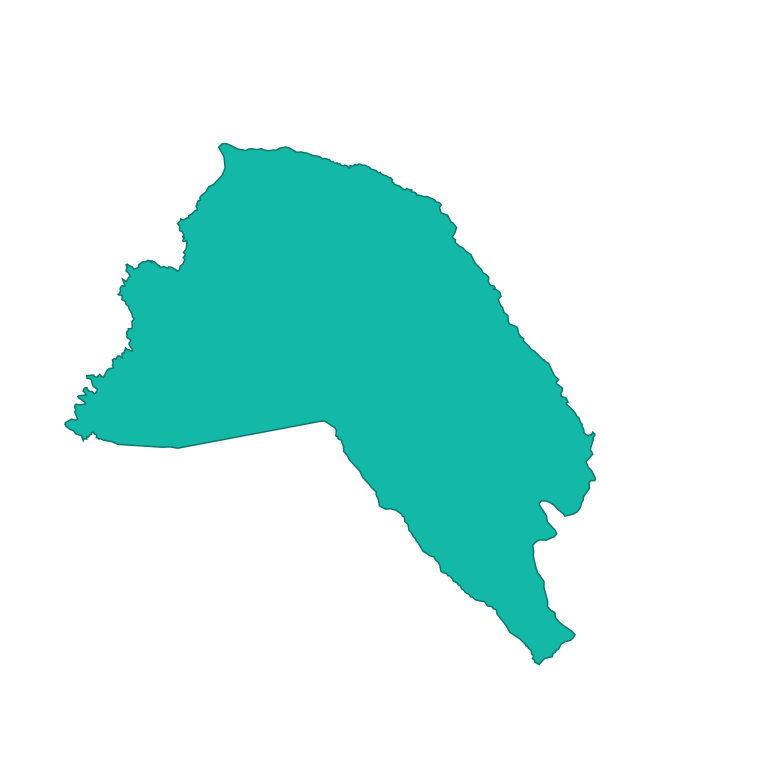 outline of Mavago, Niassa, Mozambique, rotated 117°
{"feature_id": "85939544B69199020344442", "entity_name": "Mavago", "entity_type": "district", "adm_level": 2, "iso_a3": "MOZ", "parent_name": "Mozambique", "parent_adm1": "Niassa", "projection": "equal_earth", "projection_center": [36.395, -12.167], "detail": "fine", "context": "isolated", "style": "filled", "palette": "teal", "viewbox_px": 768, "rotation_deg": 117, "n_neighbors": 0, "source": "geoboundaries", "source_scale": "gbopen_adm2", "svg_char_len": 6171}
<svg xmlns="http://www.w3.org/2000/svg" viewBox="0 0 768 768"><g transform="rotate(117 384 384)"><path d="M557.1,646.4L563.1,650.3L564.7,650.0L565.9,648.5L566.9,643.7L566.7,639.4L568.3,635.9L567.5,630.0L571.0,626.3L569.1,626.6L568.0,623.8L566.1,624.8L565.4,623.3L562.5,622.8L561.7,621.8L560.1,622.3L559.0,621.2L560.1,618.5L559.6,616.8L562.4,616.0L562.0,614.7L562.4,612.9L561.6,612.1L561.3,608.3L559.0,600.6L558.5,593.4L540.9,552.7L537.2,546.1L534.8,538.6L446.9,424.8L443.9,420.0L445.4,407.6L446.9,405.4L452.0,403.4L452.3,400.5L453.1,400.4L453.7,399.0L453.2,397.4L453.8,396.3L458.4,391.4L462.3,389.5L464.4,384.0L467.2,380.6L472.6,366.1L477.2,359.9L479.9,352.1L482.0,348.2L483.6,342.1L486.1,340.8L490.2,335.8L494.6,332.9L494.8,325.7L492.2,321.7L491.1,316.1L491.8,310.2L493.3,307.5L493.0,305.7L497.1,303.0L498.2,298.9L503.2,295.1L503.9,292.5L506.9,288.0L507.4,285.9L509.2,284.0L509.9,281.7L515.4,273.2L515.7,267.6L516.3,266.0L515.4,261.0L517.3,258.2L518.2,254.7L520.1,252.0L524.9,248.4L525.4,245.9L524.4,242.5L525.7,239.8L525.2,238.2L526.6,234.4L527.9,233.0L528.2,228.5L529.2,226.8L529.3,224.3L531.2,221.8L531.6,219.1L532.7,217.1L532.9,212.8L534.3,209.9L533.5,208.5L534.8,205.1L533.7,199.6L532.2,195.8L534.8,190.9L533.4,186.8L534.5,184.6L534.1,181.5L537.6,178.8L543.7,165.7L548.1,159.2L549.5,146.6L551.9,139.5L552.7,139.0L552.9,136.1L553.7,135.6L554.6,132.0L557.4,130.0L558.5,127.0L561.2,127.1L561.8,124.3L563.3,123.4L563.5,118.4L555.7,116.4L550.6,110.2L547.4,111.2L545.7,109.7L543.2,109.5L540.9,108.1L535.5,108.1L531.4,105.8L527.7,101.5L524.4,100.2L520.5,100.0L518.9,104.9L517.6,115.8L516.4,120.0L514.1,125.5L510.6,127.5L510.0,129.1L509.9,132.8L508.3,137.0L503.3,139.6L492.9,148.9L487.2,151.9L482.3,161.5L478.3,165.5L468.9,173.4L465.8,174.3L460.5,178.0L459.1,178.0L454.8,176.5L452.2,174.4L449.7,168.9L443.0,163.1L439.0,162.1L436.6,165.2L432.6,176.0L427.7,179.4L421.1,190.8L419.7,191.4L416.6,190.6L414.8,186.9L414.3,183.4L414.6,177.8L416.7,172.1L418.1,165.7L419.6,162.8L413.7,156.1L410.1,153.7L404.6,153.0L400.1,154.1L397.4,153.7L393.9,155.0L383.5,153.6L378.7,156.7L376.2,155.9L374.5,152.4L373.3,152.2L371.4,153.6L367.1,159.4L365.3,164.4L361.5,168.8L351.7,166.1L348.6,170.5L338.4,172.3L337.1,173.4L334.1,172.8L332.9,173.4L332.1,176.2L335.0,176.0L337.1,178.7L337.5,181.0L336.8,183.5L333.5,185.7L331.7,188.5L329.9,189.1L329.0,191.5L325.6,195.1L325.1,197.5L322.8,201.0L320.7,206.7L319.2,212.1L318.2,212.9L316.6,211.7L313.8,215.4L314.6,220.3L312.0,222.3L309.8,221.9L306.6,223.4L305.3,230.7L303.4,231.2L300.9,230.3L299.0,236.2L291.0,246.7L290.7,250.4L289.8,252.0L290.1,253.8L286.4,265.1L286.3,268.9L284.4,272.3L282.3,279.6L280.2,280.2L279.8,283.7L277.9,286.9L273.3,290.6L272.9,292.9L273.6,299.7L271.2,302.1L267.0,304.5L265.6,309.7L261.9,313.2L261.2,315.6L258.7,318.7L256.2,320.7L252.9,319.5L249.9,322.1L249.0,326.1L249.8,329.3L248.1,328.4L246.8,330.6L247.5,333.5L247.2,335.4L245.3,337.5L241.4,339.1L240.1,342.3L240.0,346.1L237.8,349.2L235.1,357.4L229.3,365.2L228.6,371.3L226.9,375.7L227.0,378.9L225.6,384.9L223.0,385.8L222.8,388.4L221.9,389.9L216.9,389.5L211.6,390.4L209.3,395.5L209.1,398.2L204.7,404.1L205.7,410.8L201.5,414.7L198.6,414.2L197.7,415.6L197.5,418.2L198.1,419.8L197.0,422.9L197.3,430.9L198.9,432.8L199.8,438.8L201.2,440.4L199.9,441.3L199.2,443.2L200.2,446.8L198.4,447.4L199.4,449.0L199.6,452.7L201.1,453.1L201.8,454.5L200.6,460.1L201.4,465.6L200.5,466.4L200.2,468.6L198.4,469.1L197.2,471.4L197.7,473.0L197.6,477.8L198.5,479.7L197.8,480.3L198.2,482.0L197.1,483.5L198.3,484.9L197.4,488.3L198.4,493.2L197.6,495.2L197.8,500.5L198.7,502.1L199.2,506.1L201.5,507.3L201.4,509.4L204.1,510.7L204.7,513.4L206.6,512.6L207.5,513.6L206.6,515.1L206.8,518.3L208.0,518.8L208.5,521.6L207.9,523.4L208.8,524.7L208.3,526.2L209.8,528.1L209.0,530.3L209.8,532.6L208.9,534.5L210.0,539.2L211.4,541.1L210.6,544.7L212.9,552.1L213.2,557.0L214.9,563.2L217.1,566.9L216.7,575.8L217.3,578.8L220.8,583.6L224.6,586.1L226.0,589.2L228.6,592.7L229.9,596.8L230.0,600.3L232.9,603.6L234.4,608.8L236.3,611.5L238.6,613.0L240.9,620.2L241.2,632.2L242.1,635.2L243.6,637.3L248.1,638.8L253.7,630.3L255.3,628.9L263.8,623.6L271.6,623.0L283.4,626.4L288.0,629.7L293.5,629.9L300.3,632.8L302.2,632.4L303.6,630.9L305.3,632.8L308.4,632.6L309.4,631.3L310.8,632.1L312.7,629.9L314.1,629.7L315.1,631.0L320.2,632.6L322.7,634.3L324.9,633.4L325.4,634.9L329.0,637.1L329.1,640.0L330.9,639.4L334.9,640.8L335.9,638.0L340.1,635.7L339.9,633.2L341.8,630.0L343.0,629.7L343.9,630.5L344.4,630.2L344.3,628.4L347.6,628.3L347.9,627.0L346.0,625.3L346.5,624.2L353.3,621.6L357.9,622.4L358.6,620.2L359.7,619.5L362.3,620.4L363.8,617.9L368.2,617.5L371.4,619.2L375.1,617.9L377.4,619.6L376.5,621.9L377.0,623.5L376.4,624.7L376.6,626.9L377.4,629.0L379.0,629.4L379.3,633.6L381.7,636.0L380.5,638.0L380.8,639.2L379.4,643.5L379.8,645.3L381.5,646.1L380.8,647.5L380.4,646.4L379.7,646.5L380.3,648.5L381.1,649.2L380.8,650.4L383.5,651.9L384.7,654.5L389.4,656.8L391.3,655.5L394.7,658.2L395.1,659.3L393.8,661.8L394.2,664.8L393.8,667.1L394.9,668.0L396.7,665.7L400.4,665.2L401.1,662.2L403.4,658.7L405.0,659.8L409.6,660.2L409.3,664.5L414.2,659.4L414.9,660.0L415.2,661.9L416.3,662.5L419.1,662.4L420.7,661.0L423.5,660.7L424.8,661.7L425.1,660.7L424.2,659.0L424.7,656.7L427.8,656.0L427.9,651.6L430.0,650.2L430.9,646.9L432.9,645.1L435.7,640.6L438.4,638.6L439.5,636.1L442.8,636.8L448.2,633.8L449.8,634.7L450.8,636.9L452.0,636.1L454.5,636.9L459.4,633.9L459.5,630.4L460.8,629.1L463.0,629.8L464.4,629.2L467.4,624.2L468.8,623.1L469.6,625.1L469.1,626.6L469.9,628.0L469.1,630.6L474.2,629.6L475.2,631.2L476.0,631.2L479.4,629.2L479.1,632.4L480.2,634.1L483.2,633.8L484.4,636.3L485.9,636.8L488.8,634.6L490.6,634.5L492.6,632.2L495.2,636.1L497.9,637.0L505.5,637.0L505.5,639.5L504.5,641.6L508.2,642.9L509.0,645.4L507.8,646.7L511.5,652.6L513.8,651.0L512.9,648.9L513.0,646.7L516.2,644.2L518.2,641.7L518.7,637.4L519.3,636.7L523.2,636.8L524.2,637.7L523.1,640.9L524.1,642.2L524.2,644.3L522.1,647.2L522.7,648.4L524.9,649.2L526.9,648.9L527.3,647.0L529.1,644.2L532.8,650.5L534.2,651.2L535.0,649.9L536.0,642.3L537.2,640.9L540.7,645.3L541.7,648.8L542.7,649.7L544.8,649.2L546.6,647.1L549.5,646.8L554.4,640.9L556.6,642.8L557.1,646.4Z" fill="#14b8a6" stroke="#0f766e" stroke-width="1.5"/></g></svg>